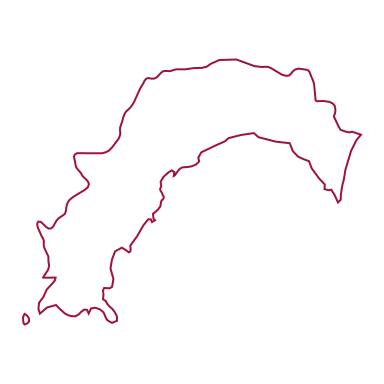 the border of Kōchi
{"feature_id": "JPN-1834", "entity_name": "Kōchi", "entity_type": "Prefecture", "adm_level": 1, "iso_a3": "JPN", "parent_name": "Japan", "parent_adm1": "", "projection": "mercator", "projection_center": [133.234, 33.28], "detail": "fine", "context": "isolated", "style": "outline", "palette": "rose", "viewbox_px": 384, "rotation_deg": 0, "n_neighbors": 0, "source": "natural_earth", "source_scale": "10m", "svg_char_len": 3076}
<svg xmlns="http://www.w3.org/2000/svg" viewBox="0 0 384 384"><path d="M361.0,134.7L356.6,139.9L351.1,150.8L345.3,170.2L344.0,178.8L342.3,185.5L341.8,188.6L340.9,194.4L340.7,199.7L338.0,202.5L334.5,194.8L331.3,189.7L328.6,190.2L324.5,189.1L324.8,184.4L319.4,178.8L311.8,168.5L309.0,161.2L303.4,159.1L298.0,156.6L292.9,151.2L289.7,143.2L276.1,141.7L258.5,137.2L253.9,133.1L241.0,135.0L228.6,138.1L225.0,141.3L216.8,144.9L201.3,152.3L198.3,157.7L199.2,161.4L196.2,164.4L191.4,166.4L187.0,167.1L183.9,167.2L181.8,167.6L180.2,168.6L178.3,170.4L174.7,175.5L173.8,176.0L174.3,172.0L173.0,171.3L171.7,170.4L167.8,172.9L163.4,177.0L160.6,181.8L161.3,186.3L160.1,189.0L160.6,190.9L161.8,192.5L162.5,194.2L162.8,195.3L163.5,196.1L163.7,197.1L163.4,198.8L162.6,199.7L161.7,200.3L161.3,201.1L160.3,206.5L158.0,209.5L155.3,212.1L153.0,213.7L153.5,218.7L155.0,220.2L152.0,222.1L150.8,219.4L148.2,219.3L143.4,225.3L137.1,236.3L132.3,242.8L130.3,245.7L130.6,249.3L130.4,251.4L128.9,252.4L126.0,250.2L121.8,247.7L115.1,251.3L111.9,259.8L110.5,268.5L113.4,278.9L112.1,286.8L109.7,288.3L104.1,288.0L103.0,290.6L103.5,294.5L103.0,299.3L105.8,301.0L107.1,303.7L108.7,305.6L112.4,309.0L114.9,312.3L116.9,316.4L117.0,320.8L112.0,322.9L108.6,321.0L107.1,319.9L106.1,318.3L104.2,313.8L103.3,312.1L99.9,309.4L95.2,307.7L91.0,308.5L88.7,313.5L87.0,309.8L84.3,309.6L81.4,311.6L78.8,314.4L75.4,316.3L71.5,316.2L67.7,315.0L64.9,313.5L59.5,308.6L56.0,305.0L47.1,307.5L39.9,313.6L38.4,308.8L39.1,302.7L43.5,296.8L46.7,289.6L52.5,283.3L54.9,280.4L55.6,277.6L42.3,277.7L42.9,277.6L48.0,270.0L48.7,267.7L49.1,265.3L48.4,261.2L48.4,256.5L44.8,249.0L43.9,246.3L43.7,243.7L43.9,240.9L43.0,238.4L41.5,235.9L38.0,228.0L37.3,225.6L37.3,223.5L38.2,221.6L40.9,221.9L46.3,227.1L48.7,228.6L51.1,228.4L53.0,226.8L56.4,220.8L58.5,218.3L63.6,214.9L65.1,213.5L65.6,211.9L66.1,209.9L66.3,207.3L67.0,204.5L68.0,201.9L70.1,199.4L73.5,196.7L84.6,190.0L87.9,187.2L88.9,184.1L88.1,181.8L86.4,179.7L84.1,177.6L82.3,175.7L81.1,173.4L79.6,171.5L77.8,169.5L76.2,167.3L75.5,164.7L75.1,161.8L73.9,156.6L74.8,154.6L77.0,153.2L102.0,153.3L105.9,152.2L108.9,150.6L112.1,147.4L118.4,139.0L119.8,136.0L120.3,133.7L120.0,129.3L120.3,126.8L122.3,121.2L123.0,118.1L124.3,114.5L126.1,111.5L130.2,107.7L132.3,104.9L134.1,101.9L140.1,88.6L143.4,83.2L144.5,80.8L146.0,78.9L148.1,78.0L151.8,78.7L154.5,78.5L157.1,77.1L161.0,72.8L163.2,71.2L166.6,70.9L169.8,71.2L176.1,69.3L185.5,69.3L193.8,68.1L201.8,67.9L206.7,66.7L210.8,63.8L219.4,60.0L236.3,59.5L254.7,66.2L262.5,67.0L264.6,66.8L268.1,66.9L271.7,68.5L281.9,74.7L286.0,75.8L289.1,75.5L291.3,73.4L293.0,71.1L295.3,69.5L298.9,68.6L307.4,69.9L309.4,71.6L311.2,76.4L312.4,79.1L313.4,81.6L314.1,84.3L315.6,100.3L317.0,101.2L323.6,101.0L329.5,101.9L332.7,103.5L334.6,105.6L335.2,108.2L335.4,110.7L335.1,112.9L333.9,116.5L338.8,127.0L340.6,129.8L345.9,131.7L349.3,132.4L352.0,131.7L361.0,134.7ZM27.3,315.9L28.6,317.7L29.1,319.7L29.0,321.6L27.5,323.2L24.9,324.5L23.7,323.6L23.2,320.6L23.0,317.8L23.8,315.1L24.7,313.9L25.9,314.7L26.5,315.2L27.3,315.9Z" fill="none" stroke="#9f1239" stroke-width="2"/></svg>